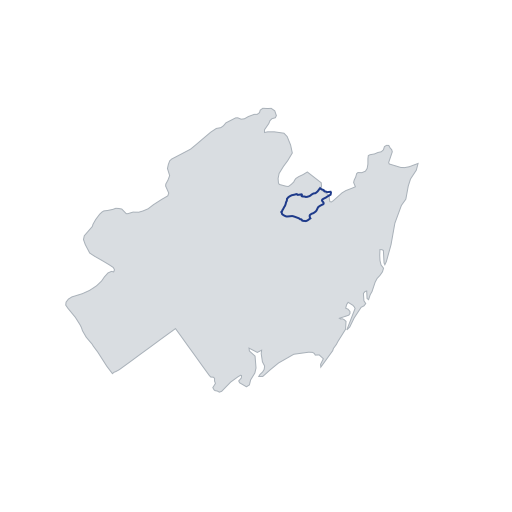 Boumi-Louetsi, Ngounié, Gabon (highlighted), rotated 234°
{"feature_id": "22940354B74910664495270", "entity_name": "Boumi-Louetsi", "entity_type": "district", "adm_level": 2, "iso_a3": "GAB", "parent_name": "Gabon", "parent_adm1": "Ngounié", "projection": "equal_earth", "projection_center": [11.888, -2.012], "detail": "fine", "context": "in_parent", "style": "outline", "palette": "blue", "viewbox_px": 512, "rotation_deg": 234, "n_neighbors": 0, "source": "geoboundaries", "source_scale": "gbopen_adm2", "svg_char_len": 5523}
<svg xmlns="http://www.w3.org/2000/svg" viewBox="0 0 512 512"><g transform="rotate(234 256 256)"><path d="M331.4,78.9L331.1,83.1L327.6,93.3L326.0,101.1L325.6,109.5L326.5,116.3L328.2,121.1L329.3,126.3L328.5,130.0L326.8,131.5L328.0,133.4L330.5,133.8L334.9,132.2L341.5,129.4L350.3,125.4L356.1,123.2L365.6,124.6L370.7,126.1L373.3,129.0L376.1,141.0L377.5,142.8L379.8,147.9L381.7,154.1L382.1,157.2L381.9,159.4L380.0,162.8L377.8,167.7L377.0,170.6L375.2,172.8L372.9,175.0L366.5,175.9L365.6,177.1L363.8,182.3L360.4,186.8L358.9,190.9L357.6,196.5L357.8,203.4L357.2,213.3L356.5,220.0L358.2,222.4L365.7,224.0L367.2,225.3L369.2,229.5L371.8,233.4L378.8,235.8L381.5,238.8L383.7,242.1L384.0,244.8L382.4,255.5L380.9,265.9L381.4,273.8L382.0,281.3L382.8,292.2L382.5,298.9L380.5,303.0L380.5,306.2L381.4,310.0L379.7,320.7L378.5,322.5L375.4,324.4L373.8,327.3L373.3,331.8L371.6,337.9L369.9,340.2L369.9,343.1L371.5,345.1L371.5,348.3L368.4,352.2L366.5,355.1L362.4,356.5L357.6,355.0L356.5,352.9L357.7,349.6L357.3,346.9L355.6,344.1L353.1,337.0L350.9,335.5L349.6,338.4L345.7,343.8L338.9,350.8L334.2,351.4L325.4,349.2L318.0,345.9L314.5,337.7L312.4,331.0L309.2,323.2L305.7,319.4L301.9,317.1L300.2,316.9L294.8,321.3L293.2,323.0L293.2,326.6L293.7,330.1L294.6,331.7L295.3,333.9L295.1,337.3L294.2,341.9L293.8,346.9L276.9,351.8L274.0,350.1L271.9,347.8L269.3,348.2L262.0,350.8L259.3,349.0L256.6,347.7L255.4,348.7L255.3,350.9L256.5,362.7L256.1,367.2L254.5,373.1L253.6,377.1L258.1,378.2L259.7,380.1L261.3,383.1L263.5,385.9L263.6,387.5L261.2,390.6L260.3,394.4L261.5,397.4L264.5,400.5L269.0,403.8L271.2,405.9L270.9,407.8L268.9,411.9L268.1,415.4L266.7,418.6L267.0,421.5L269.0,424.2L268.8,426.6L267.4,428.4L264.6,428.0L262.3,428.3L260.2,427.5L253.6,418.2L252.1,417.9L242.6,425.1L240.2,428.1L238.2,432.3L235.6,441.5L231.2,436.1L227.5,426.3L223.1,420.3L213.9,410.6L211.5,403.4L200.9,387.6L185.8,371.9L174.9,358.2L173.2,355.1L175.1,355.5L185.6,362.3L187.1,361.6L188.3,360.0L183.7,356.4L179.4,353.6L175.3,351.9L171.2,352.0L168.9,349.1L167.4,344.7L166.7,340.9L164.8,337.0L159.0,328.9L157.6,325.7L154.5,321.4L156.4,320.9L162.6,325.0L163.2,323.3L162.6,320.9L156.4,317.0L153.0,316.8L152.2,314.0L152.7,310.9L148.2,299.0L143.5,290.2L142.8,286.0L155.3,305.3L157.0,305.6L159.2,305.4L164.4,303.3L163.4,300.7L161.1,297.9L158.8,299.2L155.9,299.4L154.3,298.3L153.6,296.3L156.6,286.9L155.3,287.4L154.3,289.1L152.7,289.9L150.2,290.4L144.1,285.4L138.6,271.8L137.2,269.0L135.7,264.3L134.3,262.4L128.0,243.1L130.4,244.6L133.3,250.1L138.8,249.0L141.0,245.7L142.9,245.9L144.8,245.1L147.2,242.1L154.3,228.8L156.2,211.4L155.6,201.0L154.6,190.7L156.9,187.4L157.8,189.5L158.3,193.2L159.4,195.9L161.9,198.3L166.6,199.0L173.9,202.8L176.5,205.2L177.2,200.4L185.6,196.2L183.0,194.8L175.6,196.4L165.4,190.2L162.0,186.3L158.9,178.8L155.6,174.9L155.8,171.4L163.1,168.2L165.1,168.6L165.9,172.4L167.8,174.0L168.6,173.5L168.9,170.2L168.9,161.4L166.7,148.7L167.4,146.3L169.4,145.4L171.2,143.7L172.4,143.4L174.9,143.7L176.1,146.7L176.8,148.3L179.3,149.0L181.4,150.6L183.1,150.2L184.6,148.3L186.8,148.0L193.4,148.0L199.5,148.0L211.5,148.1L223.5,148.1L235.6,148.2L244.6,148.2L244.6,141.0L244.6,129.8L244.5,116.7L244.5,104.0L244.4,92.4L244.4,78.5L244.9,74.6L245.4,72.9L245.2,70.7L254.5,70.5L271.4,71.5L278.8,71.4L280.9,71.6L290.1,70.9L297.5,71.7L300.7,72.7L303.6,73.2L312.5,73.8L324.2,73.1L328.1,73.2L330.3,75.2L331.4,78.9Z" fill="#d9dde1" stroke="#a8b0b8" stroke-width="1"/><path d="M276.7,302.3L276.2,302.3L275.6,302.2L275.2,302.0L274.8,301.8L274.4,301.8L273.6,302.0L272.8,302.3L271.7,302.8L270.9,303.3L270.2,303.7L269.4,304.8L267.1,308.7L266.6,309.2L265.0,310.4L263.2,311.6L262.0,312.4L261.2,312.9L260.5,313.1L260.1,313.2L259.6,313.4L259.3,313.9L259.0,314.2L258.6,314.3L258.2,314.3L257.8,314.2L257.4,314.2L257.0,314.6L256.6,314.9L256.3,315.3L255.8,315.9L255.2,316.5L254.9,317.0L254.7,317.6L254.6,318.2L254.5,318.9L254.5,319.6L254.5,320.5L254.5,321.4L254.5,322.1L255.0,322.1L255.4,322.3L256.1,322.5L256.8,322.9L257.3,323.4L257.5,323.9L257.5,325.0L257.5,325.6L257.3,326.5L257.0,327.3L256.9,328.3L256.9,329.2L256.9,330.2L257.1,331.3L257.5,332.2L258.0,333.1L258.8,334.6L259.0,335.2L259.0,336.2L259.0,337.0L258.9,337.7L258.8,338.5L258.7,339.3L258.5,339.9L258.4,340.6L258.5,341.3L259.0,341.8L259.8,342.0L260.4,342.0L261.1,341.9L261.7,341.9L262.3,342.1L262.7,342.8L262.7,343.7L262.6,344.6L262.4,345.8L262.2,346.8L262.2,348.1L262.0,350.4L261.8,352.2L261.8,352.4L263.2,353.9L264.1,354.1L264.7,353.1L265.1,352.4L265.6,351.4L266.0,351.0L267.2,350.3L267.7,349.8L268.4,349.4L269.5,349.5L270.5,348.9L271.3,348.3L272.4,347.8L273.2,347.7L273.1,347.4L273.0,346.9L272.8,346.2L272.5,345.3L272.3,344.7L272.1,343.9L272.0,343.3L271.9,342.0L271.9,341.2L272.0,340.7L272.3,340.2L272.6,339.7L272.8,339.1L272.9,338.5L273.0,337.7L273.0,337.0L273.0,336.3L272.9,335.5L273.0,334.8L273.2,333.8L273.6,332.8L273.8,332.1L274.1,331.6L274.5,331.0L274.9,330.6L275.3,330.5L275.6,330.2L275.9,329.8L276.3,329.3L276.6,328.9L277.1,328.4L277.5,328.2L277.9,328.2L278.1,328.4L278.2,328.8L278.5,329.1L278.9,329.2L279.3,328.9L279.5,328.3L279.9,327.5L280.2,327.0L280.4,326.5L280.8,326.0L281.0,325.6L281.4,325.4L281.8,325.4L282.1,325.4L282.5,324.7L282.7,323.9L283.1,323.0L283.4,322.3L283.7,321.6L284.0,321.0L284.2,320.4L284.3,319.6L284.4,318.9L284.5,318.1L284.5,316.5L284.2,315.6L284.1,314.8L284.0,314.7L282.8,313.6L282.4,313.1L282.0,312.2L281.5,311.5L281.1,311.1L280.6,310.5L279.9,309.5L279.4,308.6L279.1,307.7L278.5,306.5L277.8,305.1L277.6,304.4L277.3,303.9L276.9,303.4L276.8,302.8L276.7,302.3Z" fill="none" stroke="#1e3a8a" stroke-width="2"/></g></svg>